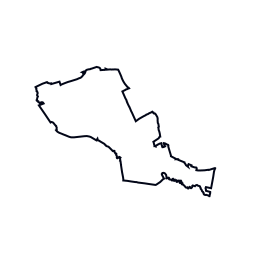 Corlateni, Botosani, Romania, rotated 22°
{"feature_id": "2599482B71395956274801", "entity_name": "Corlateni", "entity_type": "district", "adm_level": 2, "iso_a3": "ROU", "parent_name": "Romania", "parent_adm1": "Botosani", "projection": "orthographic", "projection_center": [26.616, 47.942], "detail": "fine", "context": "isolated", "style": "outline", "palette": "ink", "viewbox_px": 256, "rotation_deg": 22, "n_neighbors": 0, "source": "geoboundaries", "source_scale": "gbopen_adm2", "svg_char_len": 5860}
<svg xmlns="http://www.w3.org/2000/svg" viewBox="0 0 256 256"><g transform="rotate(22 128 128)"><path d="M175.6,169.7L178.1,166.0L178.9,164.2L179.3,163.2L179.8,162.2L180.4,161.5L176.9,158.6L176.6,158.0L176.9,157.6L176.8,156.8L177.9,156.2L178.7,156.2L179.3,156.3L180.9,157.2L181.5,158.2L181.8,158.6L182.3,159.0L182.3,160.0L182.4,160.3L182.7,160.3L183.1,159.9L184.0,159.5L184.2,159.1L184.4,158.8L184.7,158.9L185.0,159.2L185.1,159.9L185.3,160.1L186.1,160.1L186.9,159.8L187.3,159.8L188.1,160.1L188.5,160.2L189.3,159.5L189.2,159.4L188.5,158.9L188.5,158.4L188.8,158.2L189.1,158.4L189.4,158.7L189.5,159.0L189.8,159.5L190.1,159.7L190.5,159.7L190.5,159.4L190.7,159.0L190.8,158.6L190.9,158.4L191.4,158.7L192.0,158.9L192.3,158.5L192.5,158.3L192.8,158.4L192.9,158.6L192.9,159.4L192.9,159.5L193.3,159.7L193.5,159.7L193.9,159.4L194.1,158.8L194.3,158.2L194.4,157.9L195.3,157.6L195.5,158.1L195.8,158.1L196.0,157.9L196.3,157.2L196.8,157.0L197.1,157.2L197.7,157.8L197.6,158.7L197.0,158.7L196.4,159.3L196.6,159.5L197.2,159.4L198.1,158.9L199.1,158.7L199.2,158.8L199.2,159.0L198.7,159.5L198.8,159.8L199.0,160.0L200.5,159.9L202.3,160.6L203.1,161.1L204.1,161.5L204.7,161.4L205.0,161.1L205.3,160.7L205.7,160.6L205.9,160.7L206.0,161.4L206.4,161.6L206.7,161.4L206.8,160.8L207.2,160.1L207.3,159.5L207.6,159.5L208.2,160.0L208.6,160.2L209.0,160.2L209.3,159.8L209.6,159.0L209.6,158.0L209.3,157.7L209.5,157.1L210.1,157.0L211.5,156.9L211.9,156.9L212.4,155.7L213.3,155.0L214.6,155.3L215.8,155.1L216.6,155.2L216.8,155.6L217.4,156.0L217.7,156.5L218.0,156.6L218.3,157.2L219.6,157.9L220.3,158.8L220.6,159.0L221.4,159.1L221.9,159.7L222.6,160.0L222.7,160.6L223.3,161.1L223.9,161.2L224.7,161.2L225.5,160.7L227.5,160.5L228.3,160.5L228.9,160.8L229.1,160.7L228.9,159.7L228.6,157.6L228.3,157.0L228.3,156.7L228.2,156.5L223.8,157.0L223.6,156.5L223.2,155.7L222.8,155.3L222.4,154.7L222.4,153.6L227.6,152.7L227.3,151.2L225.3,141.3L224.1,136.3L224.0,135.3L223.8,134.1L224.0,133.2L223.9,132.5L223.5,132.0L223.6,132.4L223.1,133.0L218.6,136.7L218.2,136.6L214.9,138.5L211.6,140.0L209.0,141.1L207.2,141.5L207.0,140.1L206.7,139.5L206.2,139.1L204.3,139.6L201.1,139.8L200.9,138.8L197.7,138.8L197.6,139.6L197.7,139.9L197.5,140.3L197.8,140.7L197.8,141.2L198.0,141.4L195.8,140.8L194.4,139.7L193.3,139.1L193.2,138.7L186.7,138.7L186.5,138.2L186.1,138.1L185.7,138.2L185.2,138.7L184.1,138.9L183.8,139.1L183.7,138.6L178.4,138.1L178.1,137.4L174.0,132.3L172.5,130.4L171.9,129.2L171.9,128.9L171.4,128.6L170.0,128.7L168.6,128.4L166.9,128.6L166.9,128.8L167.4,129.4L169.2,131.1L167.8,132.1L168.0,132.4L167.1,132.9L166.6,132.5L166.2,131.7L165.7,131.3L164.6,129.6L162.9,130.9L162.4,131.7L161.7,132.3L161.4,132.9L160.7,133.6L160.6,134.0L160.6,134.3L160.3,134.4L160.5,134.8L160.2,134.8L160.0,134.4L159.3,134.8L159.2,134.5L158.4,133.5L157.3,131.9L156.7,131.3L160.2,126.2L160.4,125.4L160.6,124.8L160.5,124.5L160.6,124.3L160.7,123.8L161.0,123.7L159.5,121.2L158.2,119.4L157.3,118.5L156.8,117.7L156.1,116.3L155.9,116.2L155.9,115.8L156.1,115.3L156.0,115.1L154.6,112.8L153.8,112.2L153.6,111.9L153.5,111.6L152.7,110.1L152.0,108.2L151.6,107.7L151.5,107.4L151.1,106.9L148.4,104.8L148.0,104.7L147.6,104.5L147.3,104.7L146.5,104.8L145.9,104.1L145.5,104.1L145.2,104.3L144.8,104.0L144.4,103.8L143.7,104.8L142.1,106.4L141.2,107.7L139.9,108.8L139.8,109.1L139.7,109.4L138.1,111.2L136.2,113.6L134.8,115.4L132.7,118.8L125.7,112.1L124.7,111.3L122.2,108.7L121.6,108.3L121.4,107.9L120.4,107.2L117.8,104.8L117.7,104.5L117.3,104.3L117.2,104.1L116.4,103.3L116.3,102.9L114.4,101.4L109.1,96.2L111.2,93.8L111.7,93.0L112.5,92.4L113.3,91.5L114.1,90.8L113.4,90.4L112.3,90.3L111.8,90.0L108.5,88.2L106.3,86.6L104.5,85.0L103.3,83.8L102.7,83.0L101.1,81.4L98.5,78.9L97.0,77.6L94.3,78.4L90.7,80.0L89.6,80.3L86.4,81.9L86.2,81.4L84.9,81.4L85.3,82.3L85.1,82.5L84.2,83.1L83.5,83.3L83.0,83.6L80.9,84.6L80.0,83.3L79.5,83.0L78.2,82.8L77.2,83.0L76.1,83.1L71.9,86.7L71.5,86.9L71.2,87.2L71.2,87.3L70.8,87.7L69.3,88.5L68.0,89.5L67.5,90.2L67.4,90.6L67.4,91.6L67.5,92.9L67.4,93.4L66.7,93.0L66.0,92.1L65.6,92.4L64.6,93.5L65.1,93.5L65.8,94.0L66.8,95.2L66.5,96.0L66.3,96.9L65.7,98.4L65.1,99.3L63.8,100.4L62.4,101.9L57.4,106.0L55.1,107.8L52.9,109.8L50.2,112.4L49.4,113.4L47.1,110.7L40.4,116.0L40.0,115.4L39.1,115.9L37.7,116.2L36.9,116.1L36.5,116.3L36.0,115.8L35.7,115.8L34.4,116.9L34.1,117.3L33.1,118.1L32.1,119.0L26.9,124.7L27.2,125.1L27.9,125.4L28.3,125.7L28.4,126.4L29.1,127.3L29.4,127.7L30.2,128.2L30.3,128.4L30.1,128.5L30.6,128.8L31.1,129.3L31.3,130.0L31.2,130.3L31.3,130.8L31.3,131.5L31.7,132.0L32.6,132.4L32.6,133.2L32.6,133.8L32.6,134.3L33.0,135.7L32.8,136.3L33.0,136.7L33.4,136.9L34.7,136.8L34.9,137.3L35.2,137.6L35.5,137.6L36.6,137.5L36.9,138.1L37.1,138.2L37.6,138.0L37.5,137.7L37.6,137.0L38.5,136.3L39.4,136.2L39.9,136.4L40.6,136.9L36.9,140.4L46.0,146.4L54.1,151.9L54.5,151.3L54.7,151.1L55.7,151.0L56.7,151.1L59.2,152.5L60.5,153.0L60.5,153.3L61.6,154.1L61.9,154.7L62.0,155.3L62.2,155.8L62.6,156.3L62.1,157.0L63.0,157.5L64.0,157.9L65.9,158.2L76.8,158.2L78.5,158.0L79.5,157.7L81.4,156.9L90.5,152.0L92.8,150.9L95.3,150.4L96.8,150.3L103.3,151.3L103.7,149.4L104.5,150.5L105.0,150.8L105.5,150.6L106.4,150.6L106.7,150.8L112.2,151.6L112.8,152.1L113.2,152.2L113.6,152.2L114.5,152.8L115.6,152.8L116.3,152.7L116.8,152.7L117.5,152.9L121.3,154.5L122.5,155.1L122.9,155.1L123.2,154.8L123.4,154.4L123.9,154.3L124.0,154.3L124.3,154.9L124.9,155.6L125.1,155.7L125.6,156.2L126.0,156.4L126.5,156.1L126.9,156.3L127.1,156.9L127.2,157.5L128.3,158.3L128.4,158.7L128.6,159.5L129.0,160.0L129.4,160.1L129.9,159.6L130.4,159.0L130.5,158.4L130.6,158.1L131.0,158.0L132.1,158.3L131.9,159.1L132.9,160.7L132.9,161.4L133.4,161.5L133.5,161.6L134.9,164.1L135.2,164.4L135.4,165.0L139.0,171.1L142.1,175.9L142.9,177.4L143.2,177.9L143.3,178.4L147.4,177.2L150.5,176.5L155.0,175.4L156.0,175.0L157.8,174.8L164.1,173.1L167.9,172.2L174.8,170.5L175.2,170.2L175.6,169.7Z" fill="none" stroke="#020617" stroke-width="2"/></g></svg>